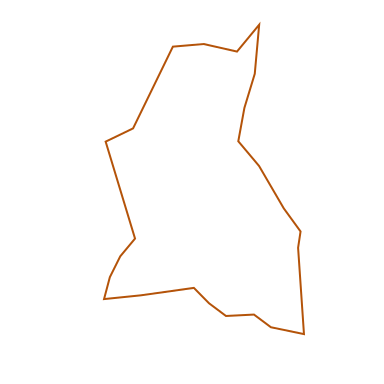 Kole, Natural Earth projection, rotated 352°
{"feature_id": "UGA-5605", "entity_name": "Kole", "entity_type": "District", "adm_level": 1, "iso_a3": "UGA", "parent_name": "Uganda", "parent_adm1": "", "projection": "natural_earth1", "projection_center": [32.715, 2.291], "detail": "fine", "context": "isolated", "style": "outline", "palette": "amber", "viewbox_px": 384, "rotation_deg": 352, "n_neighbors": 0, "source": "natural_earth", "source_scale": "10m", "svg_char_len": 458}
<svg xmlns="http://www.w3.org/2000/svg" viewBox="0 0 384 384"><g transform="rotate(352 192 192)"><path d="M256.1,59.2L281.8,35.7L270.6,83.7L255.6,116.0L244.9,148.2L262.0,175.5L280.6,221.0L294.0,246.2L289.3,262.0L283.1,348.3L251.3,336.9L236.3,322.0L208.4,319.5L193.4,304.6L180.5,287.2L126.9,287.2L90.0,285.8L98.8,264.9L112.0,245.7L129.1,230.2L113.5,130.1L142.5,120.8L193.3,45.4L224.2,47.1L256.1,59.2Z" fill="none" stroke="#b45309" stroke-width="2"/></g></svg>